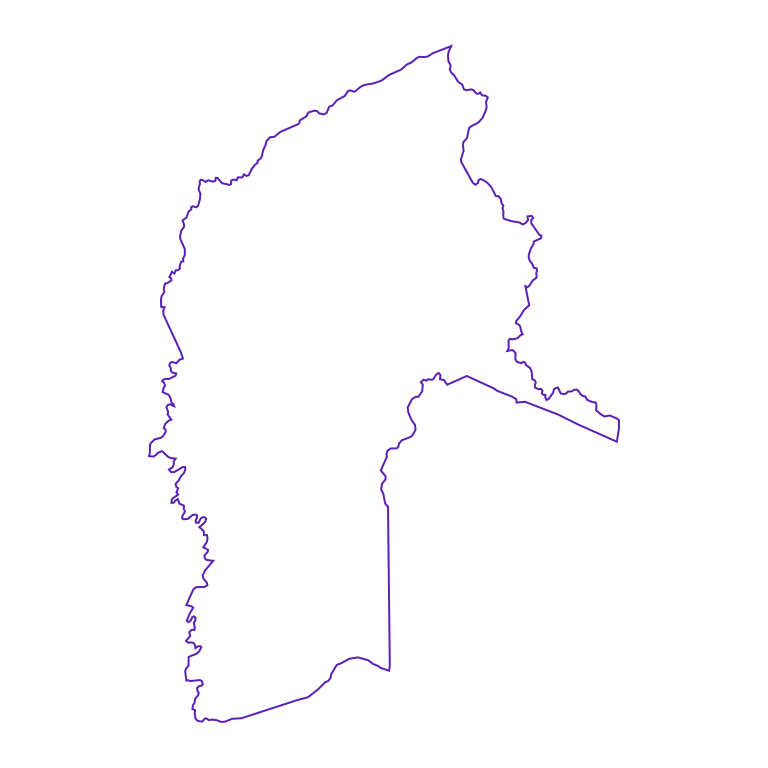 Rondonópolis, Mato Grosso, Brazil (Robinson projection)
{"feature_id": "56859067B39201952923090", "entity_name": "Rondonópolis", "entity_type": "district", "adm_level": 2, "iso_a3": "BRA", "parent_name": "Brazil", "parent_adm1": "Mato Grosso", "projection": "robinson", "projection_center": [-54.671, -16.573], "detail": "fine", "context": "isolated", "style": "outline", "palette": "violet", "viewbox_px": 768, "rotation_deg": 0, "n_neighbors": 0, "source": "geoboundaries", "source_scale": "gbopen_adm2", "svg_char_len": 6090}
<svg xmlns="http://www.w3.org/2000/svg" viewBox="0 0 768 768"><path d="M368.0,660.1L373.2,664.0L378.6,666.2L380.5,667.9L389.1,670.7L389.8,665.2L388.0,506.7L385.2,503.5L383.3,493.9L381.2,489.3L382.1,483.6L385.5,479.3L385.6,476.3L380.8,470.5L387.0,456.5L386.4,454.2L387.5,450.7L390.7,448.5L396.7,448.4L398.4,446.6L399.1,443.3L402.0,440.2L410.9,436.8L412.5,435.2L415.5,429.8L415.1,425.2L411.4,419.7L408.3,412.4L407.7,407.5L412.0,399.1L415.9,396.7L418.3,396.9L422.2,391.2L422.8,384.5L420.9,382.1L423.7,379.6L426.3,380.7L428.1,379.3L432.0,379.8L433.5,378.8L436.2,374.6L438.6,372.9L440.4,375.0L440.0,379.1L444.1,380.2L447.2,384.7L466.8,376.0L493.8,388.4L497.1,390.8L511.3,396.3L516.2,399.1L516.6,402.6L525.1,401.8L557.8,414.4L579.4,425.1L616.8,441.7L619.0,428.4L618.9,420.1L616.9,418.5L609.8,415.5L604.5,416.5L600.6,414.1L596.2,410.4L596.4,404.8L595.9,402.6L592.0,402.0L587.0,399.7L585.3,396.4L583.0,396.1L580.5,394.3L579.0,391.6L576.8,389.5L574.2,389.8L571.6,391.4L568.0,391.6L565.9,393.7L563.4,394.0L560.8,393.5L557.9,387.5L556.1,388.0L554.1,389.0L553.0,392.9L550.5,396.5L548.6,398.9L546.5,400.0L545.4,397.7L545.4,394.8L543.0,394.7L541.8,393.2L542.5,390.8L541.0,388.8L538.6,389.2L534.9,387.5L534.9,385.0L535.8,382.4L534.6,380.2L532.3,379.3L531.7,372.5L531.0,369.6L529.5,367.5L526.2,365.4L525.1,362.5L523.2,361.9L521.1,363.2L516.8,361.7L515.3,359.1L515.6,353.3L514.1,351.3L512.3,350.0L507.3,351.0L508.7,348.0L508.6,340.4L510.1,338.7L512.0,339.4L517.4,338.3L520.8,334.9L522.6,334.4L521.0,330.7L520.3,326.7L519.2,325.0L516.0,323.1L516.3,320.9L520.0,316.6L523.8,310.2L529.2,305.3L525.4,286.2L527.3,287.2L529.2,286.0L532.9,280.3L536.2,278.0L536.7,276.0L536.2,273.5L537.0,270.5L536.6,268.4L533.8,267.8L531.9,263.3L529.8,260.9L528.7,257.3L528.8,254.8L530.8,248.6L533.4,244.2L533.8,241.5L541.0,238.3L541.4,235.6L539.4,234.9L531.3,223.3L531.2,220.1L533.2,218.0L531.6,215.8L527.5,216.4L528.1,219.9L525.6,223.0L522.8,224.4L519.4,222.5L510.9,221.0L503.8,218.7L503.2,216.1L503.5,211.5L502.5,208.1L503.4,205.6L501.7,203.6L500.7,198.7L498.4,196.2L495.9,196.1L491.3,187.2L487.2,182.6L483.1,180.0L480.5,179.0L478.5,180.2L478.1,182.9L475.3,184.8L472.7,182.6L461.3,162.1L460.8,159.6L463.6,150.8L462.9,144.9L463.3,142.4L467.0,138.1L469.0,128.2L471.1,126.3L478.3,122.6L482.4,118.1L486.1,109.7L486.6,107.1L486.0,102.0L487.8,97.4L485.6,95.7L482.0,95.3L480.2,92.5L478.4,93.8L476.3,93.6L473.6,90.2L471.6,89.4L466.0,90.2L463.9,89.2L462.2,84.6L458.2,81.9L454.2,75.4L451.2,72.5L449.8,69.6L450.7,65.7L448.4,61.1L448.0,55.5L448.6,51.8L451.2,46.1L433.1,53.1L427.7,56.5L424.6,57.1L419.6,56.8L417.2,57.7L411.4,62.5L407.3,64.2L401.1,69.6L389.0,75.0L381.7,80.5L373.8,83.3L364.0,85.1L360.6,86.8L354.6,91.8L350.1,90.4L348.2,90.9L344.6,96.1L336.9,100.2L332.7,105.3L329.2,106.7L326.6,113.0L323.9,114.4L319.0,113.3L317.2,111.1L314.3,110.7L309.0,112.2L307.7,113.4L306.6,116.2L299.8,120.4L299.5,122.6L298.3,124.1L280.3,131.9L274.4,136.8L270.1,137.2L266.5,141.0L265.7,144.6L263.2,150.2L261.8,156.5L260.3,158.8L257.7,160.6L257.4,163.0L255.2,164.5L251.7,169.0L248.7,175.3L246.3,175.9L244.0,174.4L242.3,177.4L237.8,177.4L236.8,180.1L233.4,179.6L231.2,180.5L231.1,184.0L229.6,184.9L221.9,183.1L217.6,178.0L215.8,177.8L215.2,180.9L212.8,181.6L208.1,180.3L205.6,181.9L202.6,180.1L200.6,179.8L199.5,181.9L200.0,183.9L198.8,187.5L198.7,189.6L200.4,193.8L199.9,199.4L198.0,206.0L196.1,207.3L192.9,206.3L191.0,207.3L191.3,209.5L188.8,211.2L186.2,217.8L182.5,220.3L184.0,224.3L184.1,226.6L181.1,231.1L180.0,236.8L180.4,239.2L184.8,249.0L184.8,255.1L183.1,258.5L183.3,261.4L181.1,261.8L179.6,266.5L180.0,268.6L177.9,270.2L175.8,270.3L174.4,273.5L171.9,271.7L169.4,277.1L171.1,278.3L171.4,280.4L167.5,283.0L165.0,283.6L163.7,288.9L164.3,292.3L161.8,295.7L161.0,299.1L161.2,306.9L164.6,307.3L163.3,309.7L163.5,314.6L181.1,352.8L182.9,358.6L179.5,359.7L176.3,363.3L172.7,362.0L170.7,362.4L169.2,365.2L170.8,368.2L170.9,371.1L172.4,372.6L176.3,373.6L175.4,375.8L168.8,379.0L165.3,378.9L163.3,379.7L162.1,381.2L164.1,382.9L165.0,385.8L163.5,388.1L162.7,392.1L168.6,394.8L170.4,397.7L171.6,402.7L173.3,404.0L174.1,406.2L169.9,404.3L168.0,404.9L166.4,407.0L168.2,412.2L167.6,414.4L171.3,419.7L168.4,420.8L165.1,424.2L163.7,428.0L165.6,429.6L165.7,431.8L163.2,435.9L160.9,437.8L154.6,439.4L150.8,443.1L150.0,445.1L149.8,453.6L149.0,456.1L153.4,456.6L156.0,455.0L157.5,453.1L161.9,451.1L168.2,456.9L170.9,458.1L175.7,458.6L173.7,461.5L173.8,464.4L172.6,467.3L169.0,469.5L171.0,472.0L174.1,472.2L182.9,466.9L185.1,467.2L185.3,469.6L183.8,473.2L181.3,475.7L178.7,480.4L175.6,483.9L176.2,486.7L178.1,488.2L176.4,492.5L178.1,494.7L173.1,498.1L171.6,500.0L171.4,502.8L173.6,502.8L175.6,500.4L177.8,499.1L179.4,503.7L183.9,505.6L183.8,509.1L185.0,511.5L182.1,516.6L182.3,518.5L183.9,519.3L188.0,518.8L192.6,515.0L195.0,514.5L197.1,515.3L197.0,517.7L195.7,520.2L195.9,522.6L198.5,522.9L200.8,518.4L202.7,517.2L204.8,517.3L206.0,518.6L205.7,520.9L203.9,523.2L199.4,527.2L203.7,531.0L204.0,535.2L207.0,535.1L207.5,538.2L207.0,541.6L203.3,547.3L208.0,549.9L207.7,551.9L204.4,555.6L204.8,558.2L206.4,559.9L213.2,560.8L205.2,570.3L202.7,575.2L203.2,578.3L206.7,582.5L207.4,585.2L204.3,587.0L196.1,587.2L193.4,589.3L186.3,605.1L191.6,606.3L193.2,607.7L189.9,613.1L186.7,620.9L188.7,622.1L190.9,620.2L192.2,617.3L193.9,616.4L195.5,617.5L195.2,620.9L193.8,622.4L194.8,628.0L194.4,629.9L191.7,629.8L189.2,632.2L190.2,635.9L186.0,640.9L188.2,642.7L191.6,642.4L193.8,643.1L195.0,645.4L195.4,648.2L197.8,646.5L200.0,646.0L201.3,647.3L199.4,651.1L196.4,653.8L188.7,656.8L188.5,665.9L186.0,668.6L185.2,671.4L186.3,680.5L188.2,680.2L190.4,681.1L199.9,680.0L201.8,681.1L202.9,684.3L201.3,685.8L199.3,686.0L197.1,688.0L197.4,691.1L198.8,692.9L197.9,695.7L195.4,698.4L194.4,703.0L193.0,705.1L192.4,709.0L195.1,710.2L194.7,713.1L195.4,718.4L197.4,720.7L200.1,721.4L202.3,721.5L205.0,718.4L207.0,718.7L208.8,720.2L211.3,719.6L216.4,720.1L221.2,721.9L225.0,721.7L232.2,718.8L241.5,718.2L297.2,700.1L308.1,697.2L318.2,689.2L325.4,682.0L328.1,681.1L330.5,678.0L331.2,674.2L336.8,664.9L340.9,663.4L349.1,658.8L357.8,657.4L368.0,660.1Z" fill="none" stroke="#5b21b6" stroke-width="2"/></svg>